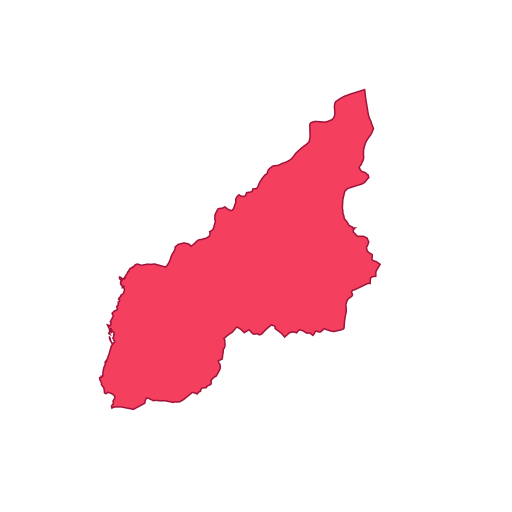 outline of Hörgársveit, Norðurland eystra, Iceland, rotated 202°
{"feature_id": "244011B22444435927366", "entity_name": "Hörgársveit", "entity_type": "district", "adm_level": 2, "iso_a3": "ISL", "parent_name": "Iceland", "parent_adm1": "Norðurland eystra", "projection": "orthographic", "projection_center": [-18.391, 65.624], "detail": "fine", "context": "isolated", "style": "filled", "palette": "rose", "viewbox_px": 512, "rotation_deg": 202, "n_neighbors": 0, "source": "geoboundaries", "source_scale": "gbopen_adm2", "svg_char_len": 6112}
<svg xmlns="http://www.w3.org/2000/svg" viewBox="0 0 512 512"><g transform="rotate(202 256 256)"><path d="M137.8,294.8L142.7,295.9L145.0,295.6L146.9,295.9L147.3,296.3L148.4,300.3L148.9,300.9L153.0,301.5L154.8,302.5L156.8,305.1L156.5,308.3L156.7,311.2L159.9,314.3L163.8,314.5L169.2,312.3L174.8,314.7L175.4,315.9L175.3,317.0L175.1,317.3L175.3,318.0L174.7,319.0L176.5,318.2L177.2,318.9L181.1,319.2L185.3,322.3L187.1,323.1L188.4,324.1L189.7,326.3L191.3,328.1L191.9,329.0L192.3,330.3L193.8,332.6L196.6,340.7L197.7,347.6L197.8,349.0L197.7,349.8L196.6,352.2L195.4,353.7L184.5,362.7L182.6,365.3L182.4,366.8L182.0,367.6L182.0,368.0L181.7,368.5L181.4,370.1L180.8,370.5L180.8,371.0L182.4,373.2L183.2,373.0L184.7,373.9L186.4,374.3L189.8,373.9L193.5,376.5L193.2,378.9L192.6,380.5L192.9,381.8L192.6,383.4L192.8,383.8L192.6,384.2L192.6,386.1L193.5,388.8L194.9,391.3L195.0,392.3L195.9,394.1L196.6,398.8L196.8,402.1L196.8,403.2L196.4,405.9L195.2,410.8L194.8,413.3L194.8,418.2L197.5,420.9L200.1,424.1L202.5,426.3L204.8,429.2L213.4,443.3L217.6,451.0L228.8,441.8L233.8,437.3L236.7,433.8L239.9,429.1L240.1,427.8L239.5,424.4L235.9,416.9L235.7,414.9L235.8,413.0L236.1,411.8L237.0,410.5L240.5,407.1L242.7,405.8L251.2,403.1L253.0,402.0L255.0,400.1L255.4,399.1L255.1,397.4L250.8,387.5L250.2,385.5L249.7,382.8L249.8,381.3L250.2,380.0L254.2,373.3L257.4,366.7L258.9,361.1L259.9,358.5L262.8,354.8L266.7,351.3L269.3,348.4L273.7,346.0L274.4,345.3L275.7,343.1L276.4,341.6L276.9,339.7L276.7,337.3L276.8,336.0L278.1,334.4L279.5,329.6L280.1,326.1L280.3,322.6L280.2,320.5L280.6,319.1L281.4,318.3L284.0,317.1L283.8,314.8L283.9,314.4L284.9,313.3L288.4,311.3L288.5,309.8L288.3,308.6L288.5,307.7L288.9,307.2L290.1,306.5L292.6,305.9L294.7,306.4L295.1,305.7L296.0,303.3L296.0,300.9L294.7,297.7L294.9,295.3L294.6,293.9L294.7,291.2L295.1,289.8L295.9,288.8L300.1,288.9L302.9,289.9L303.5,289.7L305.1,287.7L307.8,286.4L309.0,285.1L309.5,278.8L307.9,274.6L306.6,272.8L305.9,266.3L305.9,264.5L306.3,263.4L308.1,261.2L307.2,260.0L306.9,259.1L306.7,257.5L306.9,256.6L309.2,253.4L310.5,252.8L312.5,251.0L314.3,250.1L315.3,249.3L316.3,247.9L318.4,243.1L320.1,240.6L322.0,241.8L323.0,241.9L327.6,241.2L332.5,237.6L334.3,234.2L333.7,232.4L333.7,231.0L333.9,228.2L334.2,227.7L334.5,224.2L334.2,220.3L334.2,218.4L334.7,214.6L335.0,213.5L335.7,211.9L347.0,210.6L350.8,208.6L353.2,208.0L358.8,204.4L362.5,204.2L363.8,203.6L365.1,201.8L365.5,199.9L365.9,199.8L365.8,199.5L366.1,199.2L366.6,199.2L366.8,198.4L367.5,197.6L368.2,197.3L368.0,196.2L368.3,195.8L368.2,194.8L368.4,194.9L368.4,194.1L368.9,193.4L368.9,193.1L368.8,192.9L369.0,192.2L368.9,191.4L369.3,190.2L369.2,189.9L369.6,188.4L369.6,187.5L369.4,187.2L369.7,187.0L369.4,186.5L369.9,186.5L369.9,185.7L370.1,185.5L369.8,185.3L370.6,184.6L371.2,185.1L371.6,184.6L371.5,184.4L373.4,185.6L374.7,185.4L374.1,183.8L372.9,183.5L371.5,182.4L371.9,181.4L371.3,180.5L371.4,179.9L370.6,179.6L370.7,179.1L370.2,178.6L369.0,178.4L368.1,176.6L367.7,177.3L367.8,178.2L367.3,178.6L366.3,176.4L365.6,175.9L364.9,174.4L365.2,173.3L364.8,171.6L366.4,169.4L366.5,168.1L366.3,167.9L367.4,165.2L367.3,164.6L366.6,164.7L365.7,163.5L366.1,162.3L366.5,161.8L365.8,160.8L366.0,160.4L365.5,158.5L366.3,157.0L364.8,155.1L364.6,154.3L365.4,153.1L366.5,152.4L368.0,149.0L366.6,147.7L365.8,146.3L365.8,145.7L366.1,145.2L366.0,143.7L366.5,142.1L366.1,141.1L366.4,140.4L365.8,140.3L365.2,139.3L365.3,137.4L364.9,137.2L366.2,136.0L367.3,136.6L368.0,136.5L364.6,133.4L363.7,132.0L363.3,130.1L363.7,129.4L363.1,128.8L362.2,128.7L362.6,129.0L362.6,129.6L363.0,130.4L363.4,132.1L362.0,131.4L363.3,134.2L362.9,134.2L362.1,132.8L361.4,132.9L361.0,132.1L358.5,131.5L358.3,131.1L358.6,129.8L358.1,129.3L357.8,127.2L358.0,126.2L356.7,125.7L356.6,124.9L354.9,124.0L354.9,123.4L355.7,121.6L355.7,120.7L355.9,120.4L359.7,123.6L360.0,124.4L360.2,124.2L360.7,124.9L360.9,125.6L362.0,126.4L359.9,123.5L356.5,120.8L356.0,120.0L356.4,118.4L356.1,116.8L356.3,116.3L355.9,115.0L356.1,114.5L355.8,113.3L355.8,112.2L355.4,109.5L355.6,107.8L355.3,106.9L355.4,105.5L355.2,104.3L355.7,102.3L355.3,102.7L355.3,101.2L355.8,101.1L356.0,101.8L356.1,101.4L355.7,100.9L355.4,100.9L355.6,100.3L355.1,98.0L355.3,96.2L355.2,95.1L354.6,91.8L353.3,87.8L353.4,87.3L353.7,87.2L353.8,87.0L353.3,87.2L353.2,86.9L353.7,86.7L353.4,86.6L353.7,86.0L354.4,85.4L354.4,85.7L355.4,84.6L354.7,83.1L351.7,80.5L351.4,79.3L351.1,78.8L347.8,76.8L345.9,73.9L345.7,73.0L344.6,72.1L343.5,72.2L342.3,74.0L339.9,74.4L336.3,74.0L334.1,72.6L333.9,72.2L333.7,70.7L334.1,69.7L334.0,69.2L334.2,68.7L334.2,67.9L333.3,66.5L333.0,64.9L333.6,63.9L333.7,62.5L332.6,61.0L331.6,62.3L330.0,63.3L324.3,65.6L312.2,67.9L304.0,77.8L304.5,80.7L304.2,83.5L302.3,83.8L296.9,83.4L294.8,84.7L291.0,85.7L285.9,87.8L278.5,89.1L277.2,89.6L276.1,90.8L274.1,91.1L273.3,91.8L272.1,92.2L269.5,95.5L264.1,105.4L262.9,106.0L258.7,106.1L258.6,107.1L258.1,108.4L256.8,109.8L257.1,111.5L256.9,112.6L256.3,113.6L253.0,115.1L252.3,117.3L251.0,118.9L249.9,119.7L249.8,120.1L249.8,121.3L251.1,124.0L249.6,127.7L248.0,129.6L247.4,133.1L247.0,137.8L247.6,140.0L248.4,141.4L248.8,142.0L250.2,142.7L251.6,144.7L248.7,147.9L250.0,152.3L250.2,153.8L251.4,157.3L251.0,158.2L250.9,159.6L251.1,161.0L253.4,166.3L254.9,167.5L251.8,173.1L249.5,176.3L248.2,180.0L247.5,182.6L246.2,182.9L242.8,182.4L238.1,180.5L236.9,182.4L234.7,185.0L230.4,182.9L229.0,182.6L225.6,184.4L223.6,184.1L222.6,184.6L221.4,186.0L219.3,191.5L216.0,197.8L212.6,198.0L211.9,197.5L211.1,195.9L203.6,193.9L199.1,191.6L196.2,197.4L194.2,198.9L191.9,199.9L189.6,199.9L188.7,202.8L187.9,204.0L183.9,204.2L180.3,203.4L177.2,204.8L173.5,203.7L173.0,205.4L172.7,207.8L172.3,208.6L171.8,209.1L169.6,209.0L167.7,209.7L166.2,212.7L166.0,214.0L159.1,214.4L155.7,215.0L149.3,219.5L148.0,220.7L147.4,221.7L147.4,222.2L149.6,229.1L150.8,234.1L151.3,237.4L151.9,239.4L152.8,241.5L154.5,244.4L154.8,248.5L154.4,251.1L152.4,254.0L152.0,255.0L151.9,255.8L152.0,256.3L153.9,258.3L153.9,259.1L153.5,260.6L152.0,261.5L141.8,272.7L139.9,273.2L141.3,277.5L141.4,278.4L141.3,279.1L139.9,280.7L137.3,282.0L138.7,285.6L139.0,286.7L137.8,294.8Z" fill="#f43f5e" stroke="#9f1239" stroke-width="1.5"/></g></svg>